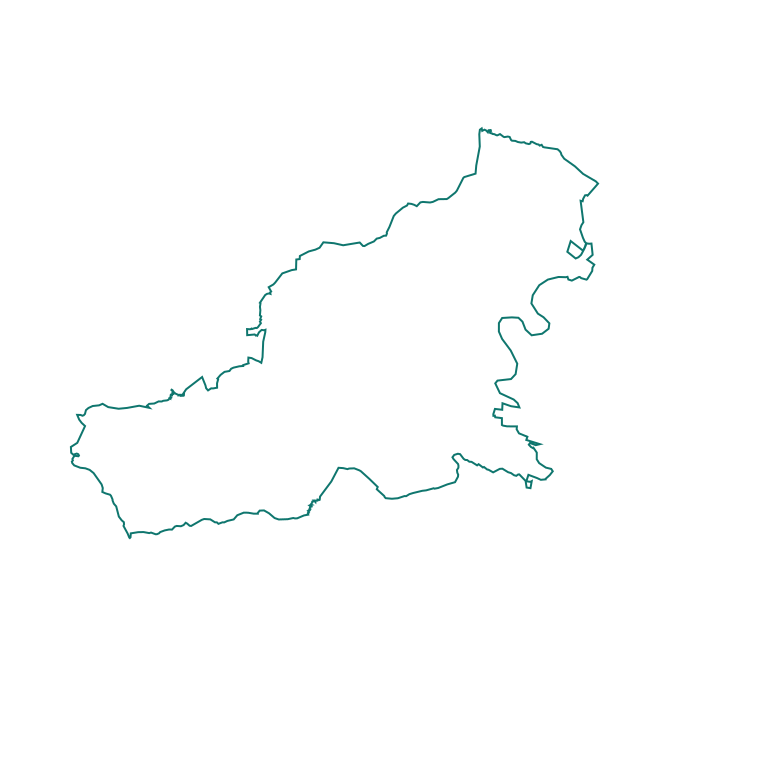 the district of Miraslau, Alba, Romania, rotated 319°
{"feature_id": "2599482B57735842574948", "entity_name": "Miraslau", "entity_type": "district", "adm_level": 2, "iso_a3": "ROU", "parent_name": "Romania", "parent_adm1": "Alba", "projection": "orthographic", "projection_center": [23.674, 46.374], "detail": "fine", "context": "isolated", "style": "outline", "palette": "teal", "viewbox_px": 768, "rotation_deg": 319, "n_neighbors": 0, "source": "geoboundaries", "source_scale": "gbopen_adm2", "svg_char_len": 6138}
<svg xmlns="http://www.w3.org/2000/svg" viewBox="0 0 768 768"><g transform="rotate(319 384 384)"><path d="M548.2,438.3L546.3,431.8L548.1,419.9L554.5,414.6L566.0,411.3L576.2,412.7L585.9,417.7L591.3,422.7L592.8,423.5L591.7,426.1L593.6,429.2L601.5,431.2L602.0,431.8L602.3,433.5L605.3,438.1L606.1,438.2L615.3,435.3L617.6,433.0L621.0,431.9L619.0,423.5L626.2,423.4L632.7,414.1L630.8,412.7L629.2,410.8L624.1,413.3L617.5,415.8L613.9,415.9L611.0,415.0L609.1,404.5L618.7,398.6L621.7,414.0L625.4,412.4L629.0,410.3L628.8,408.4L630.1,404.1L633.4,395.9L637.2,393.7L640.6,392.7L652.6,374.7L653.8,376.4L655.8,374.9L659.5,373.5L661.0,374.5L661.2,375.4L677.0,373.2L676.8,370.0L672.1,356.1L670.9,345.0L667.8,332.2L668.3,327.3L669.1,325.8L669.4,323.7L669.0,320.7L660.2,310.5L659.5,309.4L659.9,306.9L657.9,306.2L657.8,304.7L656.6,303.2L654.6,298.2L653.6,297.6L652.3,298.5L650.8,298.0L648.9,295.4L648.4,293.5L645.9,291.8L643.8,289.2L642.6,286.7L640.2,284.3L640.0,283.1L640.9,280.0L639.8,278.5L636.9,276.7L636.4,275.9L635.5,271.5L632.7,270.7L632.1,270.1L631.2,267.9L629.9,266.4L629.9,265.7L628.8,264.3L629.1,263.4L630.7,263.3L631.1,262.3L629.4,261.1L627.5,262.2L627.4,259.6L626.7,258.0L624.2,257.4L625.4,255.2L623.2,255.0L619.8,258.0L612.1,267.6L597.0,279.6L591.1,285.3L580.4,280.5L579.1,280.5L565.8,285.9L563.3,286.3L554.5,285.9L552.7,285.6L546.4,280.3L540.3,278.6L537.8,277.2L532.8,272.1L530.6,270.8L525.4,271.3L524.3,268.5L522.8,266.0L520.6,263.6L518.5,264.4L513.9,263.3L504.8,263.1L501.6,263.6L491.2,269.0L485.6,271.3L484.9,272.4L482.9,273.4L481.1,272.0L476.7,271.0L473.9,269.5L469.9,269.8L464.1,267.9L459.8,267.1L458.7,266.0L458.5,261.3L444.2,252.5L438.6,244.9L431.2,237.3L424.8,238.9L420.4,237.6L414.2,234.6L404.5,232.2L402.3,234.4L399.5,232.5L392.8,239.8L389.1,237.5L379.8,233.8L368.3,236.1L365.8,236.3L360.5,235.3L359.5,240.2L358.1,240.2L357.4,241.5L356.6,240.2L354.8,239.2L352.7,238.9L343.6,241.3L343.8,242.0L341.0,244.4L339.1,247.2L335.3,250.9L335.7,252.4L333.1,253.8L333.4,254.9L331.3,255.5L331.0,257.3L326.1,258.4L324.7,258.3L323.9,257.4L320.4,255.9L320.4,255.3L318.9,254.9L316.7,252.7L312.8,257.4L318.9,261.8L319.1,263.5L320.3,263.8L320.3,264.3L323.5,263.0L327.1,262.9L328.8,264.8L330.1,265.3L328.4,267.0L320.6,272.8L309.9,284.1L305.3,287.5L304.3,284.5L303.0,282.3L301.1,277.6L299.0,275.1L296.2,278.0L295.4,279.6L290.0,277.3L289.6,277.3L289.4,277.9L286.4,275.7L281.1,272.9L278.6,272.2L275.9,272.8L271.6,270.2L266.7,269.9L261.8,270.6L262.0,271.6L258.5,273.9L255.6,277.3L252.1,275.2L250.7,273.9L247.0,273.4L247.0,270.5L248.3,268.0L251.3,259.4L231.2,258.2L226.4,259.5L226.7,260.1L226.3,260.5L226.1,259.7L225.6,259.8L225.3,260.7L224.6,260.2L224.5,260.9L222.6,259.4L222.9,259.0L223.3,259.4L223.6,258.9L222.2,257.7L221.4,257.6L221.6,257.2L220.3,254.4L220.0,252.3L220.3,250.0L220.0,249.0L219.6,249.1L219.7,250.7L219.2,252.2L218.9,252.3L218.7,251.1L218.2,253.2L217.5,252.8L216.9,253.3L216.6,252.3L216.1,252.2L214.5,253.5L214.7,254.6L214.4,254.8L213.0,254.0L212.8,254.6L212.5,254.1L211.0,254.5L209.5,254.0L206.3,251.8L204.8,251.4L202.5,249.3L197.8,248.0L193.7,244.9L191.0,244.9L191.3,248.1L185.0,239.8L174.4,233.5L167.5,228.6L160.7,220.5L158.6,214.3L155.0,213.2L149.7,209.5L145.2,208.2L141.9,208.2L138.7,210.4L136.9,210.6L135.6,210.1L134.7,208.3L132.2,206.0L130.6,210.9L130.3,215.0L130.8,219.6L113.9,227.2L106.4,226.1L102.8,230.7L103.1,233.5L106.4,234.9L106.9,235.7L107.2,236.5L106.8,237.9L105.9,238.0L103.9,235.7L102.8,235.2L99.6,236.2L99.0,237.6L97.5,237.8L96.8,239.3L96.8,242.2L99.8,247.9L103.3,251.7L105.5,255.7L106.4,260.7L105.0,274.5L103.5,278.0L100.6,280.7L102.1,283.9L104.6,287.8L104.6,289.3L103.4,293.0L102.7,293.9L101.6,297.0L101.6,300.7L96.9,310.1L96.6,314.8L97.0,317.6L95.7,319.4L94.3,320.2L92.4,328.7L91.0,332.8L91.1,333.5L92.1,333.4L94.9,330.6L101.2,334.5L105.4,338.0L109.0,342.5L110.7,343.3L113.1,347.6L114.1,348.4L116.3,349.1L117.9,348.9L122.4,350.6L126.3,352.8L128.5,354.8L132.6,354.4L134.4,355.1L137.4,358.1L140.2,359.0L143.3,358.6L143.9,360.3L144.3,363.4L145.3,364.6L157.4,367.0L159.7,367.9L164.1,372.2L165.7,377.5L167.1,378.8L167.3,380.9L171.3,382.4L172.6,383.6L176.0,384.6L181.7,387.6L187.2,386.8L193.8,389.1L197.0,392.0L200.7,396.5L203.7,399.1L204.1,398.5L207.1,398.0L210.5,400.7L212.4,406.1L213.5,413.4L215.7,417.2L222.7,422.9L227.6,425.6L228.6,427.0L230.3,428.4L237.4,430.7L241.1,432.9L241.6,431.7L242.8,431.8L242.8,430.9L244.5,430.7L244.0,429.9L246.2,430.0L246.0,429.3L247.6,428.4L248.3,428.7L248.1,427.3L249.0,428.0L249.0,427.2L250.2,427.8L249.8,426.9L252.8,426.2L252.9,425.7L254.7,426.1L254.8,428.1L255.2,427.7L255.0,426.3L257.2,428.3L258.0,427.6L258.9,429.0L259.5,429.2L261.9,427.0L280.3,423.0L294.7,417.4L298.0,420.7L300.6,424.3L302.2,424.9L306.2,428.1L308.7,432.9L309.3,434.5L310.7,446.0L311.7,457.6L309.5,458.7L310.7,468.6L310.3,469.9L310.4,471.3L314.7,475.8L319.5,479.3L325.9,482.0L327.2,483.2L330.9,483.8L334.5,485.4L342.8,489.7L346.0,491.9L353.1,495.3L353.4,496.1L356.6,498.0L365.9,501.3L373.2,504.7L379.0,502.5L380.5,501.1L381.1,499.1L382.6,496.8L385.2,496.0L386.6,494.5L387.4,493.0L387.2,486.4L387.6,484.2L390.5,483.6L394.0,485.1L395.4,486.9L395.0,492.7L395.5,494.6L396.9,496.0L397.4,498.6L399.0,500.2L400.9,506.5L402.8,506.6L403.9,511.9L405.0,512.2L405.8,516.3L406.6,517.2L408.4,522.3L415.7,524.0L417.8,525.6L419.8,532.0L421.4,534.5L422.3,538.2L423.6,540.1L425.9,540.3L426.8,541.0L427.3,550.0L423.7,555.7L426.2,558.7L431.8,554.2L430.2,553.8L427.6,550.8L433.4,547.3L437.8,555.4L439.5,559.2L443.4,562.0L443.7,561.6L449.4,561.5L454.1,560.6L454.5,557.8L451.3,553.3L449.2,545.5L449.9,541.0L454.3,536.0L455.0,530.2L454.4,530.2L453.6,527.9L453.5,524.8L455.5,524.3L458.4,529.7L462.2,531.7L454.7,519.6L457.6,517.9L453.5,509.8L454.4,505.2L456.5,503.2L449.2,496.8L446.6,493.6L446.1,492.3L450.6,487.1L446.1,482.1L446.9,480.6L445.7,479.8L446.7,478.5L451.4,475.6L456.3,481.0L460.8,476.3L465.3,484.1L470.8,490.5L472.3,486.1L471.7,480.8L465.5,467.0L468.4,456.5L471.9,455.9L483.1,463.6L489.8,462.9L497.9,456.1L501.6,441.9L502.7,427.5L505.1,419.8L510.7,413.4L516.5,411.7L524.2,417.6L528.9,422.2L529.4,427.8L526.5,435.8L527.4,444.1L536.3,449.8L544.5,450.3L548.6,446.7L548.2,438.3Z" fill="none" stroke="#0f766e" stroke-width="2"/></g></svg>